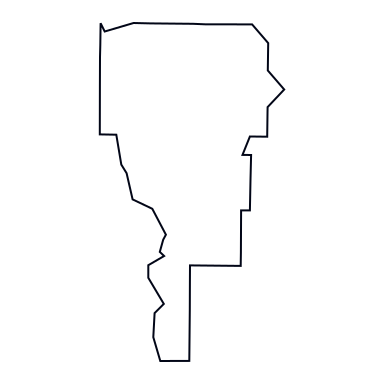 Clayton, Georgia, United States of America
{"feature_id": "52423323B9974205339901", "entity_name": "Clayton", "entity_type": "district", "adm_level": 2, "iso_a3": "USA", "parent_name": "United States of America", "parent_adm1": "Georgia", "projection": "equal_earth", "projection_center": [-84.36, 33.501], "detail": "fine", "context": "isolated", "style": "outline", "palette": "ink", "viewbox_px": 384, "rotation_deg": 0, "n_neighbors": 0, "source": "geoboundaries", "source_scale": "gbopen_adm2", "svg_char_len": 652}
<svg xmlns="http://www.w3.org/2000/svg" viewBox="0 0 384 384"><path d="M189.3,360.9L189.8,309.8L189.9,283.2L190.0,265.4L240.7,265.9L240.9,252.6L241.1,210.4L249.9,210.4L250.5,179.5L251.1,155.0L242.5,154.9L249.9,136.5L267.2,136.7L267.5,113.4L267.6,107.1L284.2,89.5L267.8,70.5L268.2,43.1L252.1,24.4L204.8,24.3L192.9,23.8L150.7,23.4L133.6,23.0L104.7,31.5L100.6,23.2L100.3,45.1L100.0,57.1L99.9,84.8L99.8,134.4L116.3,134.7L121.3,164.6L126.6,173.2L132.6,199.4L152.3,208.8L165.9,234.7L163.2,239.7L159.8,251.9L164.1,256.0L148.3,265.2L148.3,277.8L163.8,303.9L154.6,313.1L153.3,337.2L160.3,361.0L189.3,360.9Z" fill="none" stroke="#020617" stroke-width="2"/></svg>